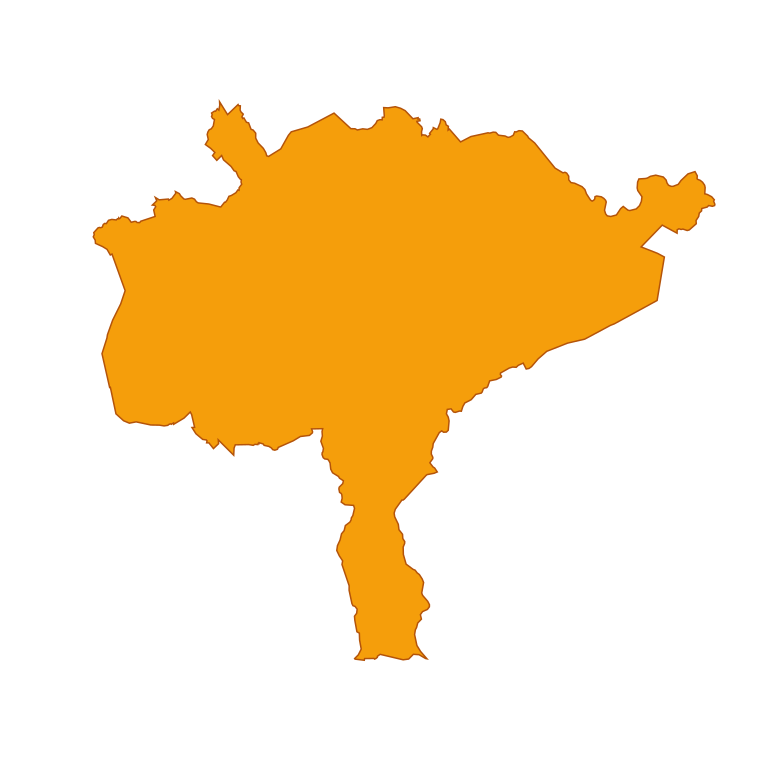 the district of Pantepec, Puebla, Mexico, rotated 187°
{"feature_id": "50627088B55522839668174", "entity_name": "Pantepec", "entity_type": "district", "adm_level": 2, "iso_a3": "MEX", "parent_name": "Mexico", "parent_adm1": "Puebla", "projection": "orthographic", "projection_center": [-97.891, 20.58], "detail": "fine", "context": "isolated", "style": "filled", "palette": "amber", "viewbox_px": 768, "rotation_deg": 187, "n_neighbors": 0, "source": "geoboundaries", "source_scale": "gbopen_adm2", "svg_char_len": 6147}
<svg xmlns="http://www.w3.org/2000/svg" viewBox="0 0 768 768"><g transform="rotate(187 384 384)"><path d="M101.2,632.7L107.9,629.6L114.0,622.2L116.3,618.0L121.2,615.4L123.2,615.2L125.9,616.0L127.7,618.2L128.8,620.8L132.0,623.5L139.7,624.4L144.9,622.6L147.7,620.5L149.7,619.8L156.0,618.6L156.9,615.3L156.6,609.4L155.7,606.9L150.8,601.3L150.8,596.6L152.1,592.2L155.0,588.5L161.2,586.1L163.1,586.3L168.2,589.4L170.5,586.9L173.9,580.1L179.3,577.9L182.9,578.1L184.7,579.8L186.3,583.3L185.6,591.7L186.4,593.3L188.4,595.0L191.1,596.3L195.8,596.5L197.4,595.7L197.4,593.3L198.3,591.9L199.7,590.9L201.4,591.7L206.2,597.4L208.3,601.5L211.5,604.0L219.2,606.5L223.0,606.7L225.5,609.2L226.0,612.8L228.4,615.6L230.2,616.2L232.1,615.4L240.5,619.1L263.8,641.6L270.6,646.0L271.6,647.5L277.5,652.0L280.9,651.9L283.5,650.3L285.0,650.3L286.0,646.7L288.8,644.6L291.0,643.9L294.0,644.9L300.7,644.9L303.7,647.4L306.3,647.3L309.6,645.9L311.4,646.0L327.9,640.2L337.5,633.6L350.2,645.0L351.3,643.9L351.5,647.6L353.9,648.8L355.1,651.8L357.7,653.6L359.9,653.8L360.1,650.2L361.7,644.1L362.5,643.2L366.3,644.5L366.3,643.1L369.3,638.3L368.4,637.5L370.4,634.9L370.0,634.3L373.2,636.1L376.0,636.0L376.8,635.3L377.5,638.9L377.1,642.1L378.0,643.9L383.0,647.8L383.4,648.7L380.3,649.7L380.9,651.4L382.5,651.1L382.6,652.5L387.6,650.8L396.3,657.9L401.1,659.7L406.5,660.6L413.5,658.6L418.0,658.3L416.4,650.2L416.5,648.8L418.2,648.5L418.0,646.0L420.4,645.8L422.8,644.6L423.9,641.6L427.2,637.0L431.5,634.7L436.2,634.7L441.4,632.9L443.9,633.8L448.0,633.4L466.6,646.8L491.0,629.8L506.8,623.0L509.2,619.2L515.1,604.8L526.3,595.8L528.2,596.2L529.5,599.2L532.5,603.2L538.3,607.9L541.3,612.4L541.9,617.3L544.8,620.1L547.0,620.6L550.2,626.7L552.4,627.0L555.5,631.0L556.5,630.3L557.6,631.8L556.6,634.7L559.2,636.7L560.2,638.4L560.5,642.6L562.3,642.6L562.9,643.6L572.1,632.3L581.6,644.1L581.0,640.6L581.3,635.7L583.0,636.9L584.4,634.2L585.5,634.2L588.2,631.9L587.3,630.2L587.8,628.5L586.5,626.7L584.5,625.9L584.9,619.3L586.5,616.3L588.5,615.0L589.5,612.7L589.9,610.1L588.2,605.3L590.5,599.9L584.8,596.8L580.1,593.2L582.0,589.8L577.2,585.6L573.0,591.0L570.6,586.9L562.3,581.3L558.8,577.4L556.7,576.8L553.9,572.0L551.5,569.7L550.5,569.4L550.5,567.0L549.6,564.9L551.7,561.2L551.5,558.6L552.7,558.8L554.3,555.8L558.5,552.5L560.8,551.4L562.0,547.6L563.5,545.1L564.4,545.0L567.5,539.9L568.3,539.8L579.8,541.3L590.5,541.1L592.4,542.0L594.6,544.4L597.4,545.2L603.7,543.1L605.2,543.3L608.8,546.1L610.3,548.0L614.5,549.6L613.9,548.0L617.1,542.4L620.0,540.2L620.6,541.3L629.6,539.4L633.7,541.3L631.9,538.1L635.7,533.4L633.2,533.4L632.2,532.1L633.8,528.7L631.6,522.4L645.3,515.9L646.2,514.4L648.8,514.2L650.0,515.1L651.4,515.0L654.6,513.7L658.4,517.7L664.7,518.8L666.2,516.3L667.0,515.9L667.5,516.4L667.5,515.6L668.6,515.6L669.8,514.2L674.2,514.2L677.4,512.9L679.1,509.4L680.9,509.3L682.1,508.1L682.7,505.4L684.2,504.6L685.6,504.7L686.9,504.1L690.5,498.9L689.8,496.9L690.5,494.6L688.2,491.6L687.5,488.4L680.1,486.1L675.3,483.9L671.4,478.7L669.8,479.8L652.3,445.1L655.1,431.4L661.1,414.3L664.5,399.2L664.6,395.9L667.6,379.7L655.9,347.1L655.2,347.4L646.4,321.7L638.0,315.8L632.0,314.1L625.4,316.2L610.4,314.9L601.9,315.8L597.2,315.6L593.6,316.6L592.4,317.8L590.8,318.5L590.2,318.1L588.1,319.7L587.8,318.4L578.3,325.8L572.9,332.6L571.2,330.2L566.7,317.9L569.3,317.4L564.6,311.7L557.2,306.9L553.5,306.8L552.7,306.0L552.9,304.0L550.6,304.2L545.4,299.1L540.9,304.6L541.7,308.4L524.5,295.0L525.0,302.1L524.2,305.5L510.9,307.4L506.3,307.2L504.8,308.4L501.8,308.5L501.6,309.6L500.8,309.5L500.9,310.5L496.7,309.8L495.5,308.5L490.6,308.0L488.0,306.8L486.5,305.3L484.3,305.0L481.8,306.2L481.2,308.2L467.1,316.6L460.6,321.7L451.7,323.9L449.1,326.8L449.1,328.0L450.4,330.6L439.4,332.2L439.7,329.2L438.8,324.8L439.7,319.5L436.3,312.7L436.4,309.3L437.0,308.2L436.9,306.4L435.4,303.5L433.7,302.4L430.6,302.4L429.2,300.9L427.9,299.0L426.5,293.0L424.2,289.6L417.9,286.7L416.7,285.1L412.5,283.0L412.8,280.1L415.9,276.1L416.0,274.3L414.9,271.0L413.1,270.1L412.4,269.0L411.6,265.5L412.1,261.6L408.0,259.4L399.4,259.8L398.1,257.0L398.9,249.6L400.1,247.1L400.1,245.1L401.0,242.8L405.1,238.8L405.7,233.6L407.9,230.2L408.6,223.8L410.5,217.9L410.6,213.0L407.5,208.1L403.5,203.4L403.7,199.7L394.0,179.5L393.5,175.0L389.1,162.2L387.8,160.2L385.6,159.7L383.2,157.2L383.2,153.1L385.0,149.9L384.1,145.7L380.7,134.8L378.1,133.7L377.0,126.8L374.3,118.1L376.5,112.0L379.7,107.9L379.2,107.4L369.9,107.4L369.8,109.1L360.5,110.4L359.8,109.8L358.5,110.6L357.3,111.9L357.3,113.0L354.9,115.2L331.4,112.6L326.0,114.0L321.9,119.3L316.2,119.6L309.3,116.6L307.9,116.5L315.1,123.0L319.5,128.5L323.1,139.0L322.9,143.9L322.0,146.3L321.4,150.9L318.2,155.2L319.8,159.5L318.0,162.8L313.4,165.6L311.8,168.4L312.0,170.5L314.1,173.6L319.9,178.9L321.1,181.1L320.5,191.8L322.3,195.1L325.7,199.2L328.1,200.6L330.4,203.0L332.6,203.6L340.1,207.9L344.0,217.1L345.1,224.5L344.1,228.2L344.2,230.1L346.5,232.9L347.3,237.1L351.4,241.2L352.7,246.5L357.2,253.5L358.2,257.1L357.5,261.1L352.1,271.0L351.0,271.1L349.8,272.2L331.1,298.4L330.2,299.3L323.4,301.5L320.4,303.2L323.5,306.8L325.3,307.7L328.9,311.4L326.5,315.8L326.6,317.2L328.5,320.2L328.8,323.2L327.9,327.1L327.9,330.9L323.2,342.5L321.0,344.5L319.0,343.4L316.2,343.9L314.6,345.9L314.9,355.3L316.2,359.0L318.4,362.0L318.1,366.5L314.4,367.5L311.6,364.7L309.8,364.5L305.6,366.4L303.9,366.4L303.0,371.3L301.5,375.0L295.5,379.1L291.6,384.9L286.4,386.8L285.6,388.0L284.9,391.1L283.9,392.2L281.6,392.9L280.8,394.1L279.5,400.0L273.0,402.2L268.6,405.1L268.3,406.2L269.7,407.6L269.7,409.1L261.6,415.1L258.4,416.5L254.8,416.7L253.0,418.9L248.4,421.7L244.7,416.2L242.0,417.1L239.7,419.2L234.1,427.7L226.4,436.3L206.9,446.9L190.2,453.0L166.4,469.8L162.7,471.8L123.1,500.2L121.2,544.2L128.4,547.0L145.5,551.4L127.2,575.6L111.5,569.4L111.8,572.8L110.2,574.0L108.0,573.6L106.2,574.2L101.8,573.3L99.8,574.1L93.6,581.1L94.2,584.3L92.1,588.6L91.9,592.1L89.9,594.5L90.0,596.9L84.8,599.0L83.5,600.7L79.7,600.4L77.6,601.4L77.5,602.7L79.1,605.6L78.6,607.1L81.6,609.8L86.1,611.5L88.8,611.9L89.2,618.1L90.0,620.4L92.4,623.1L95.0,624.7L97.8,625.4L98.3,626.0L98.4,628.8L101.2,632.7Z" fill="#f59e0b" stroke="#b45309" stroke-width="1.5"/></g></svg>